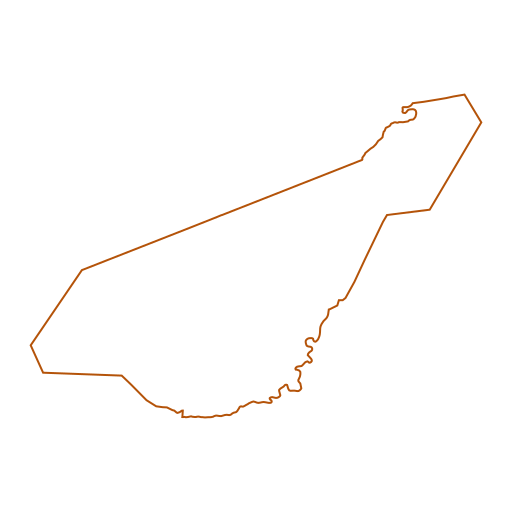 Kawerau District, Bay of Plenty, New Zealand
{"feature_id": "76426892B43791511168362", "entity_name": "Kawerau District", "entity_type": "district", "adm_level": 2, "iso_a3": "NZL", "parent_name": "New Zealand", "parent_adm1": "Bay of Plenty", "projection": "natural_earth1", "projection_center": [176.702, -38.085], "detail": "fine", "context": "isolated", "style": "outline", "palette": "amber", "viewbox_px": 512, "rotation_deg": 0, "n_neighbors": 0, "source": "geoboundaries", "source_scale": "gbopen_adm2", "svg_char_len": 3647}
<svg xmlns="http://www.w3.org/2000/svg" viewBox="0 0 512 512"><path d="M409.0,106.6L407.5,107.1L406.0,107.1L404.2,107.1L403.2,107.1L402.6,107.6L402.6,108.5L402.8,110.2L402.4,111.4L402.8,112.5L403.9,112.9L405.2,113.0L406.3,112.2L407.1,111.1L407.9,110.2L408.7,109.7L410.1,109.4L411.3,109.3L412.7,109.2L413.9,109.4L415.1,110.0L415.8,110.9L416.2,112.4L416.2,113.9L415.5,116.7L414.9,117.6L414.2,118.5L413.4,119.3L412.6,119.6L411.5,119.7L410.1,119.9L409.1,120.4L408.0,121.4L403.1,122.2L399.1,122.1L398.0,122.6L397.5,122.7L397.1,122.7L395.8,122.4L395.1,122.3L394.3,122.4L393.5,122.7L392.6,123.2L392.0,123.3L391.4,123.6L390.9,124.0L390.2,125.4L389.6,126.0L387.9,126.9L387.2,127.3L386.6,127.4L386.1,127.7L385.6,128.3L385.4,129.0L384.6,130.9L383.7,131.7L383.0,134.5L382.5,137.3L380.5,139.2L378.2,140.9L375.9,144.3L373.3,146.9L370.5,148.7L365.3,153.1L364.7,154.5L362.4,157.6L362.3,158.6L362.4,159.2L362.1,159.9L300.4,184.2L222.1,215.0L221.3,215.2L217.0,217.0L194.8,225.8L81.9,270.1L35.8,337.8L30.7,345.3L43.1,372.7L121.7,375.6L131.4,384.9L146.5,400.2L156.2,406.3L162.7,407.2L166.9,407.4L172.4,410.1L174.3,410.6L176.6,412.6L177.5,412.9L179.3,412.3L180.6,411.6L181.4,410.9L182.1,410.6L182.8,410.6L182.4,416.6L182.3,417.0L182.9,417.1L184.5,416.9L185.6,417.2L186.3,417.2L188.0,417.0L190.7,416.4L191.5,416.4L192.1,416.7L194.6,417.0L196.1,417.0L197.0,416.7L198.8,416.6L200.9,417.1L202.0,417.1L204.6,417.4L205.6,417.4L208.2,417.2L210.1,417.2L211.3,417.1L213.2,416.7L214.0,416.2L214.9,415.9L215.9,415.6L216.8,415.6L219.3,416.0L221.2,416.1L224.9,415.0L225.9,414.9L226.8,414.8L229.1,415.1L229.9,415.0L230.7,414.7L231.3,414.3L232.3,413.4L233.7,412.7L235.9,412.2L236.4,411.9L237.5,410.7L238.3,409.3L239.0,408.4L239.2,407.8L239.6,407.1L240.2,406.6L240.8,406.4L241.6,406.4L242.0,406.6L243.0,406.6L243.6,406.4L245.1,405.6L245.9,405.1L247.8,404.1L248.7,403.4L249.8,402.9L251.8,402.0L253.4,401.5L255.0,401.9L256.8,402.6L258.4,402.9L260.3,402.6L262.0,402.2L263.7,402.0L265.7,402.3L267.7,402.7L268.9,402.9L269.9,402.9L270.9,402.7L271.5,402.2L271.7,401.2L271.1,400.2L270.2,399.6L269.7,398.7L269.8,398.0L270.8,397.4L272.2,397.1L275.6,397.9L276.8,397.9L278.0,397.5L279.3,396.7L280.0,396.0L280.3,395.2L279.1,390.8L279.2,389.8L280.4,388.6L283.7,386.5L284.5,385.5L285.2,384.9L286.2,384.7L287.1,385.0L287.5,386.2L288.0,388.0L288.6,389.4L289.3,390.4L290.6,390.8L292.5,390.7L294.8,390.7L297.4,391.1L298.6,391.0L299.8,390.2L300.8,389.2L301.3,388.3L300.3,383.5L298.5,381.4L298.3,380.1L299.9,376.6L300.3,374.7L300.4,373.2L300.3,371.9L299.3,370.6L298.1,370.1L297.0,369.7L295.8,369.6L295.4,368.8L295.8,367.7L297.1,366.7L299.1,366.3L300.5,366.2L301.6,366.0L302.7,365.0L305.2,362.3L306.4,361.7L307.5,361.4L308.6,362.1L309.2,362.7L310.1,362.6L311.1,362.0L311.7,361.2L311.8,360.2L311.2,358.9L309.7,357.2L307.8,355.2L308.0,354.0L308.9,352.7L310.1,351.7L311.4,350.9L312.1,349.9L312.2,348.8L312.0,348.0L311.5,347.3L310.6,346.8L308.5,346.5L307.3,346.1L306.6,345.5L306.1,344.1L305.8,343.0L305.7,342.1L305.7,341.1L306.0,340.3L306.7,339.5L307.4,338.9L308.4,338.4L309.3,338.2L310.5,338.1L311.7,338.1L312.6,338.4L313.1,338.8L313.2,339.7L313.5,340.4L314.0,341.2L314.5,341.5L315.4,341.7L316.0,341.4L316.6,340.9L317.5,340.0L318.2,339.0L319.1,336.9L319.5,335.7L319.8,334.3L320.0,332.5L320.2,328.3L320.5,326.6L321.0,325.3L321.6,324.0L323.5,321.1L326.1,318.5L326.8,317.6L327.4,316.5L327.8,315.5L328.1,314.5L328.8,309.5L329.8,309.2L337.3,305.5L338.9,300.2L342.7,300.2L345.5,298.0L354.4,281.9L364.7,259.8L383.0,221.8L387.0,215.0L429.7,209.7L481.3,122.4L464.5,94.6L453.4,96.5L446.1,98.1L440.2,99.1L423.7,101.8L412.7,103.2L411.8,104.5L410.7,105.7L409.0,106.6Z" fill="none" stroke="#b45309" stroke-width="2"/></svg>